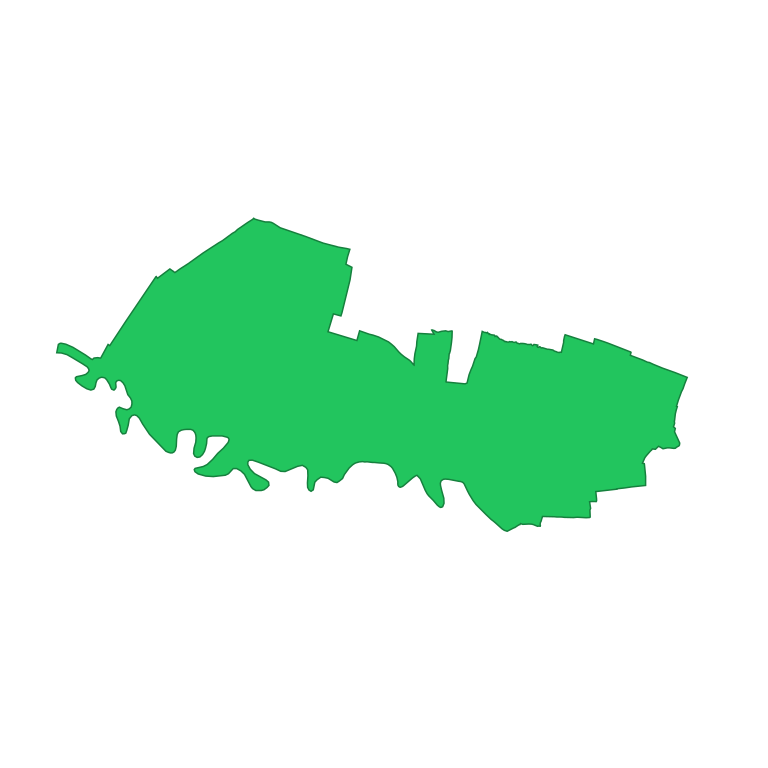 Dranceni, Vaslui, Romania (Albers equal-area conic projection), rotated 136°
{"feature_id": "2599482B495393789675", "entity_name": "Dranceni", "entity_type": "district", "adm_level": 2, "iso_a3": "ROU", "parent_name": "Romania", "parent_adm1": "Vaslui", "projection": "albers", "projection_center": [28.101, 46.793], "detail": "fine", "context": "isolated", "style": "filled", "palette": "green", "viewbox_px": 768, "rotation_deg": 136, "n_neighbors": 0, "source": "geoboundaries", "source_scale": "gbopen_adm2", "svg_char_len": 6171}
<svg xmlns="http://www.w3.org/2000/svg" viewBox="0 0 768 768"><g transform="rotate(136 384 384)"><path d="M597.7,633.8L594.5,630.4L591.6,625.3L590.0,619.8L586.9,608.3L585.6,602.6L585.9,600.3L586.7,598.6L588.8,597.9L591.9,598.1L595.3,599.8L600.2,602.9L601.8,602.8L603.2,600.8L603.4,597.9L602.6,592.4L601.1,587.0L599.1,583.3L596.3,581.9L593.4,582.8L590.3,585.0L587.5,586.3L584.6,586.1L582.4,585.0L580.6,582.5L580.5,579.8L581.6,574.6L582.9,571.4L583.5,569.5L582.5,567.2L580.5,567.2L578.9,567.9L576.1,571.4L574.0,571.8L572.4,571.1L571.1,569.5L570.9,566.2L571.6,562.8L575.7,554.3L576.1,550.1L577.2,546.9L579.2,544.7L582.0,543.0L584.7,543.1L586.9,544.1L588.9,547.5L590.5,551.2L592.2,551.6L594.0,551.3L596.2,550.2L598.8,546.9L601.0,541.5L603.2,537.0L606.4,532.7L606.7,529.8L605.2,528.5L603.9,528.0L601.3,529.3L596.7,532.0L591.4,535.9L587.4,536.4L585.0,535.2L583.8,533.1L583.7,529.4L585.4,522.9L587.6,510.7L587.6,487.1L586.6,484.7L585.5,482.8L584.1,481.5L582.2,481.0L580.0,481.4L576.7,483.5L571.4,488.5L567.9,491.3L565.1,492.4L561.9,491.6L559.6,490.2L557.6,488.6L554.6,485.7L553.5,483.5L553.6,481.4L553.9,480.0L554.9,477.9L556.7,475.7L559.8,472.9L565.2,469.8L569.3,466.2L570.2,463.6L569.4,461.0L567.1,459.4L563.6,459.3L559.9,460.3L557.2,461.7L553.0,464.4L549.1,467.9L546.8,468.0L543.7,466.0L536.5,459.1L533.8,454.7L533.4,453.4L534.0,451.6L536.7,450.2L544.1,449.4L551.8,449.6L559.6,448.8L567.1,448.9L571.3,450.2L578.5,454.5L580.0,454.2L580.9,452.2L580.2,448.4L576.2,441.6L571.1,436.0L561.5,428.6L558.2,427.5L551.2,427.9L548.7,425.5L547.3,421.0L547.1,415.9L551.0,402.5L551.2,400.0L550.2,396.4L546.2,392.6L543.8,391.3L540.1,390.8L537.2,391.0L535.2,393.6L535.5,397.0L539.4,409.5L539.4,415.7L538.0,420.6L536.2,422.4L534.1,422.9L531.6,420.7L528.6,414.9L521.0,398.4L518.9,392.9L515.9,389.7L503.3,384.8L499.2,382.2L498.1,378.3L498.5,375.3L502.5,370.8L507.8,366.0L510.8,362.6L511.6,359.8L511.0,357.5L508.4,357.0L502.0,361.4L498.6,361.6L494.2,360.9L491.8,358.1L489.7,355.0L488.0,348.2L486.3,345.8L484.1,345.3L479.5,344.8L475.4,346.4L467.4,347.8L462.7,347.7L460.1,347.2L459.0,346.8L456.0,345.2L453.3,343.1L452.0,341.3L450.2,339.8L446.8,335.6L445.2,334.0L442.3,330.6L439.1,327.1L437.8,325.2L436.9,323.2L436.3,319.8L436.4,317.5L437.8,312.2L439.5,308.0L441.9,304.1L443.5,302.5L444.3,301.4L444.6,300.1L444.3,298.9L444.0,298.4L442.3,297.6L441.1,297.3L428.6,296.6L425.1,296.0L423.7,295.4L423.7,290.6L428.2,278.8L429.2,275.1L429.5,272.6L429.4,266.1L429.8,259.8L429.5,257.3L429.1,256.0L428.1,255.3L427.0,255.0L423.7,256.5L420.3,260.3L416.4,267.5L414.0,271.5L412.6,273.3L410.7,274.5L409.6,274.6L407.5,274.2L406.0,273.1L403.7,270.5L397.6,261.8L396.8,260.9L395.8,259.0L395.6,257.7L395.7,256.5L398.3,248.8L399.3,245.4L400.9,238.2L401.5,233.4L401.3,219.4L401.0,212.0L400.6,209.6L400.3,206.6L399.7,197.9L399.1,195.2L397.7,192.5L390.4,190.3L389.7,189.9L384.8,189.0L383.9,188.4L382.8,188.8L381.7,186.7L377.1,182.7L375.2,180.7L374.2,179.1L372.4,175.0L371.6,174.5L370.4,173.2L369.8,173.6L369.5,174.1L369.4,174.4L367.9,175.6L366.0,176.3L364.6,177.2L362.0,178.6L353.5,170.0L351.9,168.1L348.5,164.8L347.0,162.9L340.4,156.2L337.6,154.0L331.5,147.4L328.8,145.1L328.3,145.0L327.8,145.4L323.4,150.3L321.8,151.0L317.9,156.5L316.0,155.0L313.0,152.0L312.2,152.3L310.9,153.7L306.4,159.5L290.6,147.4L289.4,146.5L289.2,146.8L283.0,142.0L277.4,138.0L266.3,129.3L259.9,135.9L252.4,145.4L252.1,145.9L253.1,147.5L247.5,149.8L244.9,150.2L239.0,150.7L237.2,150.6L236.1,150.9L234.1,148.5L229.8,148.5L228.9,146.0L228.3,143.6L224.6,141.3L223.2,140.0L220.1,136.2L218.8,135.3L217.9,135.4L214.7,134.6L213.8,134.9L212.3,136.1L208.2,147.8L205.3,149.7L205.5,152.1L202.3,153.8L201.2,155.2L201.1,155.5L200.2,156.0L195.1,160.2L191.8,162.3L188.7,164.0L189.1,164.8L183.3,168.0L175.4,171.8L172.2,172.9L167.7,175.2L161.3,178.1L166.7,190.0L172.6,201.9L176.5,210.8L178.2,215.2L179.3,216.6L181.2,221.5L186.9,233.5L184.3,235.2L184.3,235.6L194.5,257.8L196.8,262.4L199.8,268.1L201.1,270.2L205.5,267.3L219.5,293.6L221.3,292.7L224.8,290.3L225.8,289.2L234.4,283.6L235.4,284.7L236.1,284.9L237.2,286.4L237.8,288.0L238.5,289.1L238.9,291.1L241.4,294.6L242.2,295.3L244.7,299.8L245.8,300.7L245.9,302.1L246.0,302.4L246.6,303.0L247.0,302.9L247.5,303.1L247.8,303.5L247.8,304.6L246.4,305.1L246.9,306.0L248.7,308.3L249.9,308.1L250.4,308.3L250.6,308.6L250.6,310.5L251.7,311.1L252.3,311.8L253.3,312.6L253.8,313.7L254.8,315.3L256.2,317.0L256.7,317.2L257.2,318.1L258.8,318.8L259.1,319.8L259.9,320.7L259.7,322.1L260.0,322.6L261.3,323.3L262.0,324.2L262.5,325.6L263.5,326.1L264.1,327.2L265.5,327.7L267.3,330.2L267.1,330.2L267.3,330.5L267.7,331.0L267.8,332.4L268.3,333.3L268.5,334.4L269.5,335.7L269.6,336.8L269.5,338.4L269.8,338.9L269.6,339.2L269.6,340.2L271.1,341.1L270.7,341.5L270.7,342.5L272.5,344.7L273.0,345.9L273.8,346.5L273.4,347.1L273.9,347.7L273.7,349.2L274.6,349.3L274.9,350.2L276.1,351.6L276.8,353.6L288.2,345.8L292.3,343.1L298.4,339.6L299.3,339.2L300.7,339.1L308.1,335.2L311.2,334.0L316.3,331.6L323.6,327.0L325.6,327.8L337.8,342.1L337.9,342.5L327.5,350.8L325.3,353.2L323.8,354.2L321.1,356.5L319.8,357.2L316.2,360.4L315.6,360.5L313.0,362.0L306.6,367.0L302.7,370.3L298.2,374.7L298.5,375.2L301.5,377.2L302.7,379.4L306.1,382.0L309.2,383.6L310.1,385.1L310.8,387.6L311.9,389.6L312.2,389.7L313.4,385.0L324.3,396.7L330.9,391.7L334.3,388.6L340.6,384.4L344.6,381.2L349.2,376.8L349.3,377.3L349.1,381.8L349.2,383.5L350.5,389.4L351.0,393.6L351.1,396.8L350.7,403.7L351.0,407.4L351.5,411.1L355.2,421.5L358.0,426.9L360.0,430.0L364.6,439.2L373.3,434.1L388.0,460.5L371.7,469.6L367.7,462.9L364.7,464.5L336.1,482.5L326.0,490.2L328.2,496.6L321.9,500.8L315.0,504.6L316.7,507.3L321.7,514.1L329.9,527.6L338.2,545.1L350.2,568.6L352.0,576.4L352.8,578.6L353.9,580.2L356.9,583.1L360.7,589.3L362.5,592.6L362.6,593.7L364.2,593.7L370.0,594.9L382.1,596.9L385.3,596.9L388.3,597.7L400.5,599.3L405.0,600.4L423.0,603.9L441.4,606.6L450.9,608.5L457.0,609.4L458.1,615.5L473.5,617.4L473.2,619.5L473.6,619.6L526.5,608.4L554.6,602.1L555.0,604.1L569.6,599.5L570.0,599.6L570.3,600.0L571.6,601.8L574.3,603.9L574.9,604.2L576.7,604.1L576.9,604.3L577.4,605.9L578.6,612.2L582.3,626.5L585.2,633.6L587.7,637.3L588.6,638.2L590.7,638.7L597.7,633.8Z" fill="#22c55e" stroke="#15803d" stroke-width="1.5"/></g></svg>